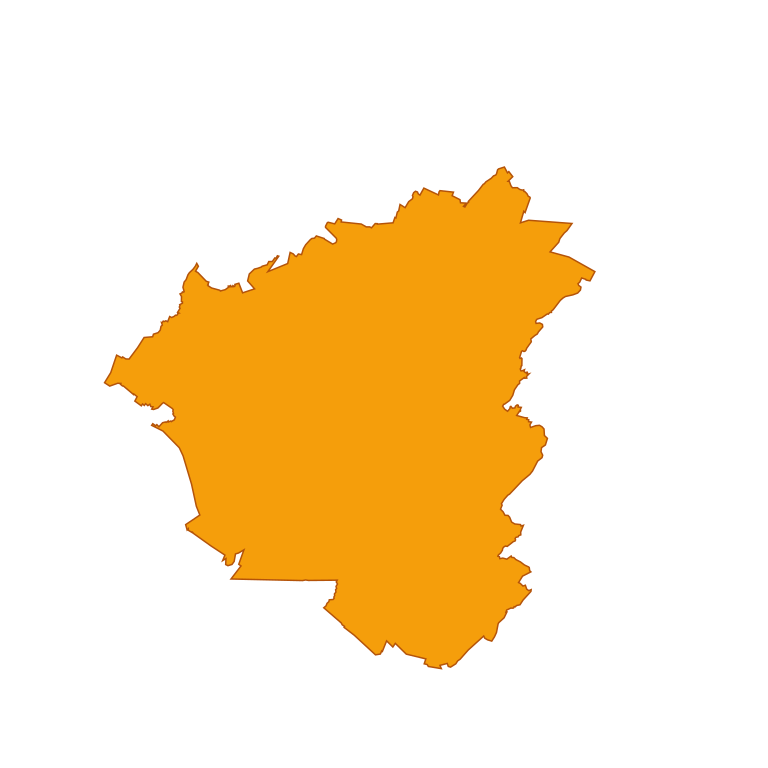 outline of Manuel Doblado, Guanajuato, Mexico, rotated 214°
{"feature_id": "50627088B80639754802347", "entity_name": "Manuel Doblado", "entity_type": "district", "adm_level": 2, "iso_a3": "MEX", "parent_name": "Mexico", "parent_adm1": "Guanajuato", "projection": "equal_earth", "projection_center": [-101.875, 20.693], "detail": "fine", "context": "isolated", "style": "filled", "palette": "amber", "viewbox_px": 768, "rotation_deg": 214, "n_neighbors": 0, "source": "geoboundaries", "source_scale": "gbopen_adm2", "svg_char_len": 6171}
<svg xmlns="http://www.w3.org/2000/svg" viewBox="0 0 768 768"><g transform="rotate(214 384 384)"><path d="M153.7,257.3L154.6,263.6L155.3,263.0L155.9,265.2L153.6,269.1L151.7,270.3L151.3,271.0L151.6,272.2L150.6,272.6L150.2,274.5L147.8,277.0L147.9,282.6L146.2,294.2L147.0,295.8L148.4,293.7L150.9,293.7L154.3,296.2L155.8,294.2L159.6,294.9L161.4,294.6L161.7,302.2L157.2,310.4L158.8,310.7L161.0,313.1L161.8,313.2L166.3,312.5L171.4,312.8L176.5,312.2L179.3,312.7L181.1,311.7L182.4,312.5L184.2,307.5L188.2,306.1L190.3,304.0L191.8,305.4L193.3,304.9L193.6,306.1L192.8,309.1L192.9,312.5L193.6,313.9L193.6,315.6L192.8,317.5L191.0,318.3L188.7,325.5L187.5,327.3L187.8,328.4L188.9,329.1L188.9,330.6L187.3,332.4L187.5,333.7L186.2,335.4L187.9,337.7L189.4,344.8L190.9,342.9L192.2,343.8L197.3,341.1L201.0,340.9L205.3,343.8L207.7,344.4L210.3,342.8L213.7,344.6L217.4,345.4L218.3,349.6L219.7,350.4L219.9,355.6L219.2,361.0L218.3,363.0L215.3,381.1L212.5,390.8L212.2,395.0L213.5,406.0L211.8,411.3L212.6,413.7L216.0,415.7L217.8,419.4L216.1,423.7L218.1,430.3L222.2,431.0L226.2,436.2L229.1,436.9L232.0,436.7L234.9,434.3L238.2,429.9L240.2,431.7L240.4,434.9L243.1,433.6L244.0,435.3L245.9,434.5L246.3,436.0L248.6,434.7L256.4,432.1L256.5,437.2L256.0,437.1L255.7,437.9L256.8,439.3L257.1,441.4L260.0,439.9L260.7,441.4L261.4,441.4L262.0,441.0L262.6,439.1L262.1,437.4L264.0,435.7L266.3,436.4L266.6,435.5L265.9,434.0L266.3,430.5L269.9,430.6L273.3,432.0L273.4,434.2L272.8,434.7L270.6,440.7L270.9,446.6L272.6,452.1L272.6,458.2L271.9,460.3L273.3,462.3L271.4,467.5L271.1,467.2L268.9,468.7L270.1,469.9L269.4,473.6L270.6,472.3L271.3,472.4L271.5,473.7L272.0,473.9L273.0,472.5L275.0,472.7L275.5,474.4L277.0,472.0L277.9,471.5L279.5,472.7L279.3,473.4L280.3,475.7L280.0,476.3L283.8,482.2L284.7,482.4L285.5,481.3L286.3,481.6L288.2,487.9L287.8,489.0L286.2,489.2L285.5,489.9L285.2,491.2L285.7,493.5L285.5,501.4L287.5,503.4L286.0,508.7L284.9,511.1L285.1,513.6L284.3,520.1L286.0,522.0L289.0,521.7L291.8,519.3L293.2,520.5L293.5,522.3L293.3,523.4L290.2,527.3L287.8,533.4L286.8,533.8L286.6,535.9L285.2,537.0L286.0,538.2L285.3,540.1L284.6,551.9L283.6,555.6L282.5,558.0L277.3,563.5L274.3,567.7L273.7,571.7L274.9,574.5L277.7,574.6L279.3,575.7L278.7,577.8L279.4,582.4L275.2,583.6L274.6,583.2L270.9,584.7L272.0,595.1L301.6,592.7L320.2,586.4L318.4,599.2L319.5,602.9L319.0,610.0L318.1,613.5L317.9,622.2L355.7,600.6L361.0,593.9L364.7,605.4L362.9,605.0L366.8,620.0L367.6,620.5L369.4,620.3L371.9,621.7L375.0,622.3L375.7,621.9L376.8,623.1L377.7,622.1L380.3,621.2L383.3,621.3L387.3,618.5L389.7,619.4L393.3,622.0L394.5,621.4L393.2,627.9L399.3,629.9L399.7,628.1L405.5,631.2L409.3,626.4L409.6,625.1L408.3,621.3L408.2,619.8L409.6,617.7L410.1,614.6L412.6,608.5L412.8,606.1L413.4,605.1L413.9,597.3L416.2,582.5L415.6,582.2L416.1,580.0L415.9,576.0L417.4,575.7L416.9,580.0L421.9,577.0L424.1,579.3L432.8,578.2L433.7,581.9L445.7,575.6L445.8,574.1L444.6,571.2L460.5,568.7L459.8,560.7L462.0,560.8L463.6,561.9L465.7,561.4L466.4,559.2L465.8,556.1L464.7,555.5L464.0,553.5L465.5,549.0L465.1,542.0L471.1,541.8L468.6,535.7L469.1,534.0L467.0,528.3L468.1,528.2L466.6,522.7L478.9,512.8L479.2,513.2L481.0,512.1L481.7,506.5L483.6,506.3L486.6,504.3L492.3,503.9L510.1,494.4L510.9,496.2L514.6,495.5L514.4,489.2L520.7,486.9L521.2,486.1L520.7,482.1L520.0,481.1L505.2,478.2L504.0,477.4L503.1,475.6L503.0,474.2L504.8,471.3L514.4,470.8L514.9,471.2L522.9,468.9L523.2,466.0L525.2,464.3L525.8,462.5L526.8,455.6L526.5,451.1L524.7,445.2L527.7,443.9L527.9,440.7L529.2,440.4L532.0,441.1L535.4,440.6L531.2,430.0L543.1,412.2L542.7,431.1L544.1,430.7L543.8,427.9L545.0,427.5L545.1,423.1L548.0,421.1L547.5,417.5L550.9,413.5L551.0,412.6L553.3,409.4L555.7,406.8L557.2,399.9L554.7,393.2L544.5,390.5L552.2,380.5L560.7,386.4L563.3,383.2L562.8,382.9L562.4,381.4L564.1,381.0L563.4,380.4L566.2,378.4L566.2,380.6L566.4,378.5L567.2,378.7L567.9,378.0L567.0,377.2L568.4,373.4L571.7,369.6L572.6,369.9L580.6,367.2L584.8,367.1L585.3,368.0L585.6,367.8L586.2,370.5L588.8,369.8L600.6,372.3L603.3,372.1L603.7,377.8L606.7,379.3L606.3,376.1L606.5,372.3L607.6,367.4L607.6,364.9L606.4,359.9L606.7,356.8L604.8,351.8L601.4,348.9L601.4,348.2L602.6,347.6L602.4,346.6L603.5,344.6L600.8,343.3L598.1,339.1L597.0,339.4L596.3,338.3L597.7,335.6L597.2,335.4L596.7,333.3L595.4,332.7L595.2,327.9L593.7,328.1L594.4,327.3L594.0,326.0L594.4,324.9L595.4,324.4L595.7,322.9L597.2,320.4L599.4,320.1L598.2,314.7L600.2,314.4L601.1,312.9L602.2,312.7L602.2,310.8L602.9,310.6L600.7,308.9L601.1,307.1L599.6,303.5L600.0,300.2L603.0,296.4L602.2,293.8L608.9,288.4L608.6,276.3L609.3,262.1L612.1,260.4L615.8,260.3L615.9,259.1L621.8,258.4L616.9,240.6L616.4,228.8L610.2,228.9L605.2,235.7L602.5,237.3L602.4,236.4L599.7,236.1L598.9,236.6L585.7,235.2L585.8,235.8L581.6,235.5L581.0,230.5L573.0,230.2L573.0,232.4L570.7,232.2L570.6,234.4L567.7,234.0L566.8,236.3L564.7,234.9L562.7,235.9L562.5,233.3L560.8,234.0L558.0,237.7L556.9,244.0L556.3,245.4L545.8,245.3L544.3,244.8L543.9,243.4L542.1,242.0L542.3,241.1L540.0,240.0L538.4,239.9L537.8,237.0L539.3,233.9L540.0,234.1L541.6,231.9L542.3,232.7L543.2,230.3L544.0,230.3L545.9,228.1L546.7,222.7L549.6,223.3L550.0,221.7L553.5,221.8L553.5,219.8L541.0,221.4L518.1,216.7L510.4,212.1L487.5,193.3L471.2,177.7L463.4,172.4L469.8,156.5L465.6,152.9L465.3,154.6L464.4,153.3L459.5,153.6L459.8,154.0L459.4,154.0L458.9,153.6L437.1,153.0L420.2,153.2L419.0,147.4L417.4,150.9L414.3,145.8L411.8,146.1L409.1,149.4L409.0,153.1L412.1,160.1L410.1,162.5L407.4,168.2L403.6,153.3L400.8,153.2L401.8,136.8L341.6,175.5L339.4,177.7L336.8,178.9L313.1,195.2L312.9,193.2L310.7,192.2L310.6,189.4L308.9,187.9L309.1,186.4L307.5,184.6L307.7,182.2L306.6,181.1L306.4,179.3L305.5,178.4L305.7,176.9L308.7,174.5L308.0,172.7L308.6,170.3L308.0,167.7L308.8,164.8L285.8,162.0L284.0,161.0L281.2,161.0L281.0,159.9L268.2,159.1L239.6,154.7L236.0,158.1L236.6,161.5L235.8,161.4L238.2,172.5L229.6,170.9L229.6,175.3L214.5,172.5L195.6,179.5L194.2,174.5L191.3,175.6L189.3,174.6L177.3,180.1L180.3,182.0L175.3,187.7L172.8,185.8L170.5,186.5L168.0,192.2L168.1,195.6L167.0,198.4L165.4,210.6L160.4,230.8L158.3,229.6L155.1,229.8L150.9,231.1L151.0,236.1L151.8,240.9L155.2,248.8L155.4,250.3L153.7,257.3Z" fill="#f59e0b" stroke="#b45309" stroke-width="1.5"/></g></svg>